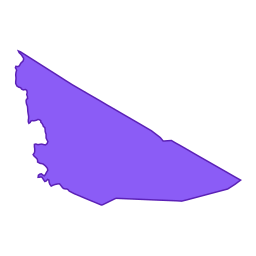 Souto Soares, Bahia, Brazil (Natural Earth projection)
{"feature_id": "56859067B69243196353735", "entity_name": "Souto Soares", "entity_type": "district", "adm_level": 2, "iso_a3": "BRA", "parent_name": "Brazil", "parent_adm1": "Bahia", "projection": "natural_earth1", "projection_center": [-41.909, -11.985], "detail": "fine", "context": "isolated", "style": "filled", "palette": "violet", "viewbox_px": 256, "rotation_deg": 0, "n_neighbors": 0, "source": "geoboundaries", "source_scale": "gbopen_adm2", "svg_char_len": 2093}
<svg xmlns="http://www.w3.org/2000/svg" viewBox="0 0 256 256"><path d="M38.1,177.3L39.6,177.2L40.9,176.9L42.0,177.3L42.7,178.3L43.7,179.9L44.8,181.5L46.2,181.0L47.6,179.4L48.9,180.1L49.1,182.2L49.8,184.2L51.2,186.1L53.0,185.2L55.0,184.5L57.8,183.9L59.5,183.8L60.9,185.5L62.5,187.6L63.5,188.5L65.1,188.9L66.6,188.9L67.9,189.5L69.3,191.1L71.0,192.0L72.9,193.0L74.5,193.8L75.7,194.3L85.9,198.6L101.3,205.0L102.5,204.8L115.0,198.7L116.2,198.3L137.5,199.2L153.9,199.9L177.0,200.8L181.7,201.1L186.7,199.9L207.7,194.3L227.7,189.0L235.0,184.3L240.6,180.1L234.9,176.9L228.1,173.0L198.0,155.8L181.4,146.2L179.1,144.9L175.6,143.0L171.4,140.5L168.3,140.7L166.8,140.8L164.7,141.0L163.1,141.0L160.4,137.7L159.3,136.8L151.5,130.8L146.5,127.9L140.4,124.3L123.3,114.4L110.4,106.9L107.9,105.5L104.2,103.3L100.2,100.9L88.9,94.4L72.4,84.8L65.4,80.4L63.7,79.3L61.7,78.0L20.6,51.9L18.4,51.0L19.2,52.7L20.6,54.0L21.7,55.2L22.5,56.6L23.5,58.0L23.6,59.4L23.0,61.1L21.8,62.2L20.7,63.3L19.9,64.9L19.1,66.0L18.0,66.6L15.9,66.3L15.4,67.8L16.1,68.8L16.6,70.3L16.0,72.4L15.7,75.0L15.9,76.8L16.0,78.2L15.9,79.9L15.7,81.6L15.7,83.5L16.9,86.0L18.8,87.2L20.6,87.7L21.6,89.1L23.3,89.9L25.4,89.5L26.8,90.4L27.2,92.5L26.7,94.6L27.4,96.3L27.6,98.6L26.5,99.3L26.1,100.7L26.2,102.2L26.5,103.9L27.4,106.2L27.6,107.9L27.7,109.3L27.8,111.2L28.0,112.7L28.2,113.9L28.6,116.2L28.6,118.3L28.3,120.0L28.3,121.9L28.9,123.3L30.2,122.4L30.7,121.2L32.1,120.6L33.7,120.8L35.0,120.6L36.7,120.1L37.8,119.5L39.1,119.6L40.7,120.6L40.9,122.3L41.8,123.1L42.8,124.7L43.4,126.5L44.8,127.5L45.1,129.3L45.2,131.4L45.6,133.0L46.1,134.2L46.1,136.1L46.1,138.0L46.9,139.7L47.9,141.6L47.1,143.6L45.5,144.9L44.1,144.7L42.7,144.3L41.4,144.1L39.9,144.3L38.4,144.6L37.2,144.5L35.9,144.0L34.4,144.4L34.4,146.8L34.7,148.7L34.7,150.1L34.7,151.5L34.3,153.0L33.1,154.6L34.2,156.2L36.0,157.8L37.2,159.1L37.6,160.6L37.6,162.0L39.0,162.8L40.2,163.4L41.7,163.6L43.0,164.0L44.1,164.8L45.2,165.7L46.3,166.9L47.4,168.3L47.8,170.3L46.4,172.5L45.4,174.5L44.2,175.8L42.7,174.9L41.4,173.8L39.9,174.1L38.4,175.2L38.1,177.3Z" fill="#8b5cf6" stroke="#5b21b6" stroke-width="1.5"/></svg>